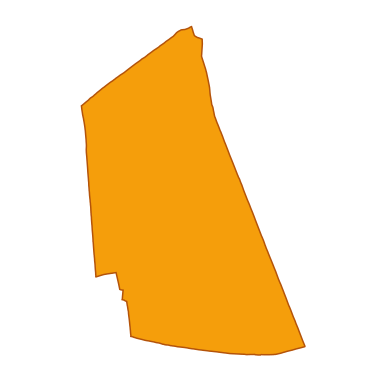 Bang Khae, Bangkok Metropolis, Thailand, rotated 178°
{"feature_id": "78962969B64329347166789", "entity_name": "Bang Khae", "entity_type": "district", "adm_level": 2, "iso_a3": "THA", "parent_name": "Thailand", "parent_adm1": "Bangkok Metropolis", "projection": "equal_earth", "projection_center": [100.397, 13.711], "detail": "fine", "context": "isolated", "style": "filled", "palette": "amber", "viewbox_px": 384, "rotation_deg": 178, "n_neighbors": 0, "source": "geoboundaries", "source_scale": "gbopen_adm2", "svg_char_len": 5632}
<svg xmlns="http://www.w3.org/2000/svg" viewBox="0 0 384 384"><g transform="rotate(178 192 192)"><path d="M299.5,282.0L299.3,279.6L299.2,278.3L298.8,275.0L298.6,273.0L298.4,272.0L298.3,271.6L298.3,271.2L298.1,270.3L297.9,269.3L297.8,268.3L297.4,265.7L297.3,264.9L296.8,260.6L296.6,258.0L296.5,257.4L296.3,253.1L296.1,249.4L296.0,247.4L296.0,246.0L295.9,243.6L295.9,241.9L296.0,240.5L296.2,238.1L296.2,236.8L296.2,235.2L295.9,230.1L295.9,229.7L295.5,219.6L295.4,215.9L295.3,213.5L295.1,209.4L295.0,206.3L294.9,205.8L294.9,202.8L294.9,202.0L294.8,200.6L294.7,197.6L294.7,196.9L294.6,196.3L294.5,193.4L294.5,192.5L294.4,191.1L294.3,189.7L294.1,187.1L294.1,186.1L293.9,183.9L293.9,182.6L293.8,181.9L293.7,179.5L293.7,176.1L293.6,175.7L293.7,175.0L293.6,174.2L293.6,172.8L293.4,170.5L293.4,168.5L293.3,165.5L293.3,165.3L293.2,163.1L293.1,162.0L293.0,157.2L292.8,153.6L292.8,153.4L292.7,151.7L292.6,148.6L292.6,145.8L292.5,145.5L292.4,142.9L292.3,139.8L292.1,135.1L292.0,132.8L291.9,132.2L291.9,131.5L291.7,128.4L291.7,126.6L291.5,124.4L291.4,122.2L291.4,121.8L291.4,121.3L291.3,118.1L291.2,116.3L291.1,114.8L291.1,113.9L291.1,113.5L291.1,112.6L291.0,112.2L291.0,111.5L291.1,110.9L290.9,110.5L285.8,111.9L283.1,112.6L282.5,112.7L278.8,113.2L277.5,113.3L276.2,113.5L274.8,113.6L272.6,113.9L272.4,113.9L270.7,114.1L268.5,102.6L267.6,97.2L266.7,96.8L265.0,96.4L264.3,96.3L264.7,93.1L264.9,91.6L265.4,87.4L265.5,87.2L265.6,86.9L264.9,86.7L264.7,86.6L263.6,86.3L262.8,85.7L262.1,85.3L261.2,85.0L261.1,84.9L260.6,80.6L260.5,80.4L260.3,78.7L260.3,78.3L260.2,78.1L260.1,77.0L260.1,76.6L259.8,75.3L259.7,74.3L259.7,73.5L259.7,73.1L259.6,71.7L259.2,67.4L259.1,66.2L258.7,60.1L258.6,59.3L258.5,57.0L258.4,55.6L258.3,53.1L258.2,51.7L258.1,50.7L258.2,49.8L256.8,49.5L255.5,49.0L255.2,48.8L254.8,48.7L253.3,48.2L252.9,48.0L251.2,47.5L247.2,46.4L244.0,45.4L242.2,45.0L240.9,44.8L238.1,44.1L234.9,43.4L234.7,43.3L233.9,43.0L233.0,42.8L232.8,42.7L230.9,42.4L229.7,42.1L226.8,41.0L226.2,40.8L225.5,40.8L224.7,40.4L223.3,40.1L223.2,40.2L222.4,40.0L221.1,39.9L218.4,39.1L217.7,39.1L217.1,38.9L216.2,38.8L215.1,38.6L214.9,38.6L213.6,38.3L211.6,37.8L210.5,37.7L205.1,36.9L202.3,36.4L200.3,35.9L197.3,35.3L196.1,35.2L193.8,34.7L193.7,34.7L190.6,34.1L187.8,33.7L186.3,33.4L186.2,33.4L182.8,32.9L182.7,32.9L180.1,32.4L177.6,32.1L176.4,31.9L172.7,31.4L171.2,31.1L170.4,31.0L168.9,30.7L168.7,30.7L165.8,30.2L164.3,30.0L159.7,29.2L152.5,28.6L151.5,28.5L150.3,28.4L150.1,28.4L149.9,28.4L149.3,28.3L146.7,28.1L145.0,28.0L144.8,27.9L143.3,27.6L139.5,27.6L137.1,27.5L135.3,27.5L134.9,27.5L134.8,27.4L134.6,27.2L131.5,26.8L129.4,26.7L129.1,26.9L128.9,27.0L128.4,27.1L127.5,27.0L125.9,26.9L122.9,26.8L120.5,26.7L116.3,26.7L115.6,26.8L114.4,26.8L114.1,26.8L113.8,26.9L112.4,27.1L112.0,27.2L108.8,27.8L105.6,28.7L105.3,28.7L102.7,29.4L102.3,29.5L101.8,29.6L97.9,30.4L97.7,30.4L95.9,30.9L95.4,31.0L93.6,31.5L89.8,32.3L85.4,33.3L84.7,33.5L84.5,33.9L84.6,34.2L86.5,39.3L88.0,43.7L88.1,43.9L88.1,44.0L89.9,49.2L90.0,49.5L90.9,52.2L92.8,57.2L93.3,58.9L93.3,59.0L95.2,63.9L97.5,70.7L98.8,74.2L99.2,75.0L100.0,77.4L101.4,81.7L101.9,83.2L103.6,88.0L103.7,88.4L106.6,96.7L107.8,99.6L107.9,100.0L108.6,101.8L111.2,109.8L112.7,113.8L113.2,115.3L115.1,120.5L116.3,123.7L118.0,128.4L118.2,129.1L119.8,133.3L120.6,135.8L120.8,136.2L121.5,138.6L121.6,138.9L122.5,141.7L122.9,142.6L123.2,143.6L123.8,145.0L124.0,145.4L127.3,155.0L129.8,162.2L130.2,163.5L131.4,167.0L132.3,169.6L133.2,172.0L133.9,173.9L134.3,175.1L135.3,178.0L136.8,181.8L140.2,191.5L140.3,191.8L141.4,195.4L142.0,197.3L142.8,199.3L143.6,201.6L144.0,203.0L145.2,205.5L145.5,206.6L145.7,206.9L146.5,209.2L147.4,211.7L148.5,214.9L150.7,221.1L152.0,224.6L153.2,227.9L154.0,230.3L154.6,232.1L156.3,237.0L157.1,239.3L157.7,240.8L159.5,246.4L161.2,251.2L161.8,252.5L162.6,255.0L163.7,258.1L164.7,260.7L166.2,265.4L166.5,266.1L166.7,266.7L166.9,267.7L167.2,269.5L167.4,271.0L167.6,271.8L168.0,274.7L168.1,275.3L168.2,275.9L168.3,276.2L168.7,277.3L169.1,278.4L169.2,278.5L169.5,281.4L170.3,287.6L170.4,288.2L170.6,291.1L170.7,293.6L170.8,295.1L170.8,295.6L171.0,296.9L171.2,298.4L171.4,299.5L171.9,302.7L173.4,311.2L173.7,312.3L174.2,314.6L174.6,316.0L175.2,318.1L175.9,320.7L176.4,322.4L177.6,326.7L177.6,326.9L177.7,327.1L177.7,327.5L177.7,327.9L177.5,329.4L177.4,330.6L177.0,334.6L176.7,337.7L176.6,338.8L176.5,339.4L176.5,341.4L176.5,344.4L177.6,344.9L179.6,345.7L179.8,345.8L181.2,346.2L183.1,347.4L183.9,348.0L184.3,348.6L184.7,349.9L185.4,352.3L185.7,353.7L186.7,357.3L187.1,357.2L187.8,356.9L188.3,356.7L188.6,356.4L190.1,355.7L193.2,354.7L194.0,354.6L194.4,354.6L194.6,354.6L197.1,354.4L197.6,354.2L198.4,353.7L199.2,353.4L200.0,353.0L201.8,351.8L203.6,349.9L205.3,348.2L207.1,347.1L208.7,346.0L208.8,345.9L209.0,345.7L212.8,343.3L214.0,342.3L215.1,341.5L216.4,340.7L216.5,340.6L218.8,339.2L219.1,338.9L220.3,337.9L225.7,334.6L226.9,333.7L229.1,332.2L231.5,330.6L231.6,330.4L234.3,328.4L236.4,327.2L236.5,327.2L237.4,326.7L239.0,325.4L239.4,325.1L244.0,322.1L246.4,320.4L250.5,317.5L253.1,315.6L255.8,313.6L256.8,313.0L259.2,311.6L259.7,311.3L260.7,310.6L262.4,309.4L262.9,309.1L263.5,308.7L263.9,308.5L265.1,307.5L266.1,306.9L266.4,306.6L267.0,306.2L267.3,306.0L267.6,305.7L267.9,305.5L268.1,305.5L268.8,305.1L270.2,304.2L270.3,304.1L272.6,302.5L273.0,302.2L273.6,301.8L273.8,301.6L274.0,301.5L274.8,300.9L275.6,300.3L275.6,300.2L275.8,300.1L277.4,299.1L278.9,298.0L279.1,297.8L280.0,297.1L281.6,295.9L283.4,294.6L284.5,293.6L285.4,292.9L286.2,292.3L286.9,291.6L287.8,290.9L290.3,289.4L290.8,288.9L291.6,288.2L292.1,287.6L294.8,285.6L299.1,282.2L299.5,282.0Z" fill="#f59e0b" stroke="#b45309" stroke-width="1.5"/></g></svg>